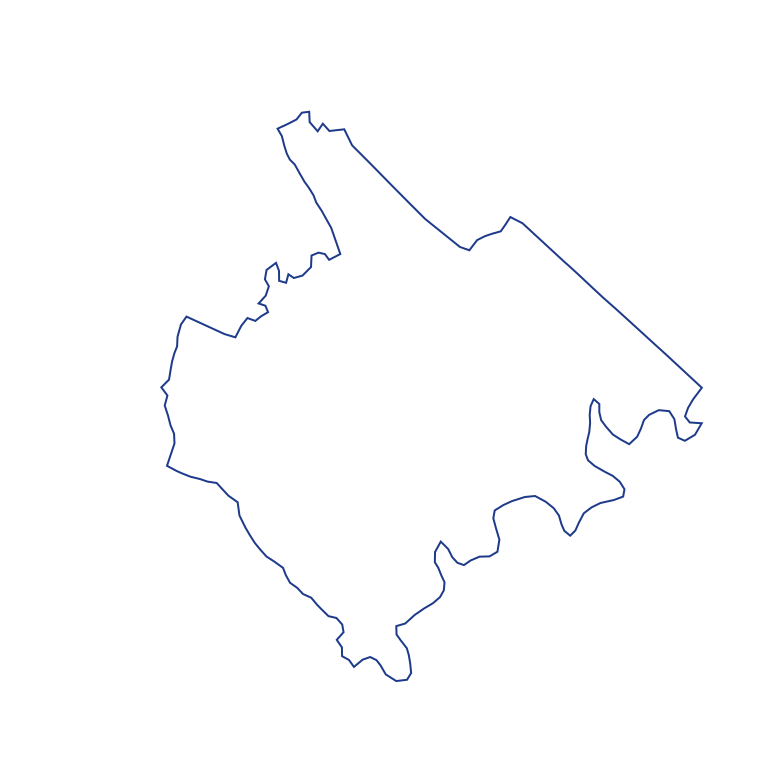 outline of Descanso, Santa Catarina, Brazil, rotated 45°
{"feature_id": "56859067B97480516483925", "entity_name": "Descanso", "entity_type": "district", "adm_level": 2, "iso_a3": "BRA", "parent_name": "Brazil", "parent_adm1": "Santa Catarina", "projection": "mercator", "projection_center": [-53.473, -26.861], "detail": "fine", "context": "isolated", "style": "outline", "palette": "blue", "viewbox_px": 768, "rotation_deg": 45, "n_neighbors": 0, "source": "geoboundaries", "source_scale": "gbopen_adm2", "svg_char_len": 2757}
<svg xmlns="http://www.w3.org/2000/svg" viewBox="0 0 768 768"><g transform="rotate(45 384 384)"><path d="M128.2,278.7L136.6,281.0L145.0,286.0L152.5,289.9L158.8,291.9L165.7,291.9L176.1,294.9L184.7,297.2L192.2,298.4L200.7,300.4L207.8,303.6L217.5,305.6L226.2,308.1L236.2,310.9L261.2,323.0L257.4,335.0L250.4,333.9L244.8,337.4L241.9,344.4L249.7,352.9L249.7,365.0L245.3,372.8L238.8,374.0L243.2,381.7L236.9,385.2L229.7,378.2L222.0,374.7L220.3,386.4L225.8,394.2L233.5,396.3L237.9,405.2L238.4,415.7L244.8,412.5L251.2,415.2L249.2,423.0L248.4,430.4L240.8,433.9L241.9,443.6L245.9,456.1L235.9,461.5L196.7,476.0L198.3,485.4L204.6,496.6L211.1,503.7L214.0,510.4L217.9,517.4L222.4,523.9L228.9,532.9L228.9,543.8L239.0,545.3L244.2,554.3L253.5,559.0L262.3,564.2L270.7,567.6L277.9,574.2L288.4,595.3L298.7,592.2L304.9,589.8L312.9,586.3L321.1,581.3L328.2,577.8L335.7,572.3L345.0,572.7L352.9,573.0L364.1,571.1L374.8,579.2L387.8,583.6L396.7,585.9L405.4,587.8L413.8,588.6L422.8,589.1L432.2,587.1L442.6,585.4L449.8,588.6L458.2,591.0L467.0,589.5L475.2,589.8L483.6,586.6L492.7,587.4L500.3,587.5L508.9,587.4L515.8,583.1L524.5,583.6L530.9,588.1L531.5,598.3L540.5,600.0L546.8,606.1L554.4,603.9L562.8,605.3L563.8,594.1L567.3,586.8L573.9,584.6L580.5,585.4L590.6,588.1L602.7,585.4L609.4,576.9L607.6,569.2L599.9,562.9L593.3,558.2L587.0,554.7L577.4,553.5L570.0,552.3L563.9,546.5L568.4,538.3L569.0,525.6L571.1,514.2L573.6,504.5L574.3,495.1L572.2,487.6L567.0,481.4L559.6,478.7L552.4,475.6L546.0,474.1L538.9,466.7L535.6,455.3L546.0,455.3L554.8,458.2L562.4,458.5L568.6,455.5L570.0,447.6L573.6,438.6L580.5,431.3L582.8,422.4L575.7,412.5L564.8,406.6L556.2,401.6L551.7,395.1L554.0,385.2L557.3,376.3L563.5,364.3L570.0,356.4L581.6,352.9L591.9,351.8L600.7,353.3L608.7,357.7L615.3,360.3L622.9,359.6L622.9,352.3L619.8,344.1L616.7,334.2L618.0,324.5L621.2,315.1L628.5,303.6L632.7,294.5L628.5,288.4L619.8,286.4L610.7,287.2L602.3,289.9L591.0,293.0L582.3,293.7L576.3,291.0L570.8,284.9L566.9,279.0L563.1,272.8L557.3,265.8L551.3,260.4L545.8,253.7L543.0,246.4L550.4,245.9L556.2,251.7L563.1,256.0L571.2,257.2L581.5,257.9L590.2,256.0L599.9,253.2L600.3,242.3L597.2,233.8L593.3,225.6L593.3,218.3L596.8,208.2L604.9,201.5L614.1,203.5L623.3,210.0L629.8,214.1L636.9,211.4L639.8,200.0L636.4,187.1L627.4,195.0L619.8,194.1L615.9,185.9L613.4,176.2L611.4,161.9L561.1,163.8L547.5,164.5L520.7,165.7L495.7,166.9L477.9,168.0L464.5,168.5L442.2,169.2L431.4,169.7L424.9,170.1L368.3,172.4L355.3,176.6L357.2,185.6L358.6,193.5L354.1,201.5L350.8,208.2L348.1,216.4L349.8,229.1L340.8,233.4L296.4,238.2L273.4,238.2L249.7,238.1L216.4,237.8L199.5,237.8L192.7,237.8L175.8,232.0L166.5,243.7L156.7,243.2L158.4,252.2L146.3,251.4L138.6,244.4L134.1,250.2L135.1,258.8L132.0,268.4L128.2,278.7Z" fill="none" stroke="#1e3a8a" stroke-width="2"/></g></svg>